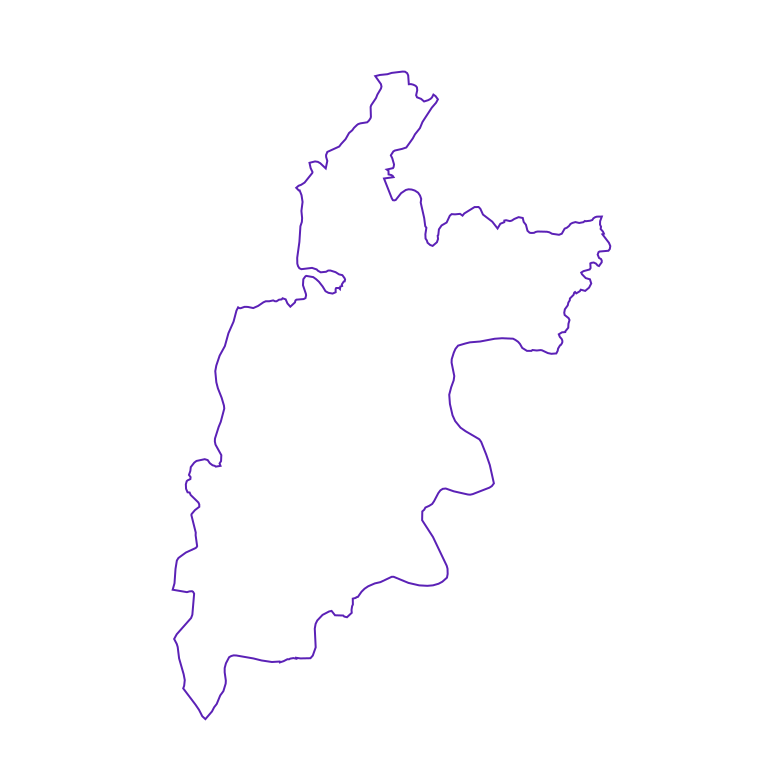 the district of Oubritenga, Oubritenga, Burkina Faso, rotated 262°
{"feature_id": "67063806B42476727458569", "entity_name": "Oubritenga", "entity_type": "district", "adm_level": 2, "iso_a3": "BFA", "parent_name": "Burkina Faso", "parent_adm1": "Oubritenga", "projection": "albers", "projection_center": [-1.222, 12.597], "detail": "fine", "context": "isolated", "style": "outline", "palette": "violet", "viewbox_px": 768, "rotation_deg": 262, "n_neighbors": 0, "source": "geoboundaries", "source_scale": "gbopen_adm2", "svg_char_len": 6158}
<svg xmlns="http://www.w3.org/2000/svg" viewBox="0 0 768 768"><g transform="rotate(262 384 384)"><path d="M519.5,623.0L520.1,618.1L519.8,616.3L518.9,614.4L517.4,613.1L517.0,610.8L517.1,606.4L517.5,605.6L516.5,604.0L516.3,599.7L517.7,596.1L517.3,593.0L516.5,590.9L514.8,589.3L513.3,586.8L512.7,584.5L508.1,581.0L507.4,578.1L509.4,571.3L511.2,568.9L512.1,566.5L513.6,557.5L513.5,555.5L512.8,553.5L513.1,550.6L513.6,549.2L515.8,547.4L521.9,546.7L525.0,544.9L529.1,544.5L530.5,540.5L529.3,536.0L528.0,533.2L527.8,531.3L529.2,527.7L529.1,525.9L527.5,525.6L526.5,521.5L522.2,518.1L529.7,513.8L538.0,505.6L544.1,503.8L546.1,502.3L546.6,498.3L541.7,487.2L539.8,485.2L541.9,483.0L542.1,478.0L542.8,474.6L541.5,472.6L535.2,468.5L533.0,463.1L529.5,459.9L524.0,458.5L523.4,457.8L520.1,457.7L517.0,456.1L514.0,451.4L515.2,449.1L517.8,446.8L520.2,446.4L522.2,445.4L526.5,445.8L532.8,447.7L534.6,446.8L542.7,446.9L558.5,445.6L562.1,446.6L565.6,445.9L568.7,444.4L571.3,441.4L572.7,438.5L573.4,435.4L573.1,432.6L570.6,427.5L564.6,421.2L564.4,419.8L564.8,418.4L566.7,417.6L587.5,412.6L587.5,422.2L589.0,421.5L589.9,420.3L590.9,417.7L594.5,418.1L596.0,416.6L596.5,422.9L597.5,423.7L600.0,424.5L606.4,423.6L609.5,422.6L613.0,425.6L613.7,427.3L614.3,434.6L615.1,439.0L623.2,446.7L626.9,449.4L632.4,455.2L638.0,458.5L639.9,460.1L651.0,469.8L655.3,474.7L658.4,477.0L661.9,475.1L663.7,473.2L661.1,471.4L659.9,469.8L658.9,467.2L658.2,463.0L661.2,460.4L663.3,456.6L665.5,456.0L670.3,457.8L673.2,457.9L674.9,456.8L676.3,454.7L677.2,452.5L677.4,450.3L686.2,450.9L688.6,450.2L690.4,448.2L690.8,445.6L691.0,434.9L690.3,430.5L690.6,423.0L690.1,418.2L681.4,422.7L678.9,422.9L677.0,422.1L671.5,417.7L668.3,415.9L661.8,410.1L660.2,409.3L650.3,408.2L649.0,407.6L646.9,405.7L645.5,403.8L645.4,397.0L645.0,394.7L644.2,393.2L641.8,389.9L639.7,387.9L637.4,384.3L631.8,380.0L627.7,375.0L625.4,372.7L621.7,360.2L618.8,358.5L616.8,358.3L612.8,358.9L605.6,356.3L611.5,351.6L613.2,349.4L614.0,346.7L613.4,341.0L608.0,341.4L603.8,342.7L602.9,342.3L594.5,333.4L592.8,329.7L592.2,327.0L590.5,324.4L587.5,326.6L587.5,327.4L582.5,328.6L575.6,328.7L566.9,326.3L559.7,326.0L555.9,325.2L551.9,323.2L536.5,320.0L521.0,315.6L515.2,314.9L512.6,315.3L510.4,316.3L509.2,318.2L509.0,328.9L506.8,333.3L505.4,334.3L503.4,336.9L503.2,342.3L504.1,344.5L503.8,346.8L501.5,351.6L498.8,354.8L497.6,357.9L494.2,359.7L492.8,360.0L491.1,359.3L491.1,358.4L488.5,356.1L486.9,356.2L486.6,354.3L484.1,353.6L485.4,352.6L485.7,350.0L484.7,349.3L481.6,348.9L480.7,345.7L482.0,341.7L484.0,339.0L489.1,336.8L494.3,333.8L497.2,331.4L499.7,328.8L501.9,322.0L501.4,321.0L499.0,318.7L493.1,317.5L484.1,319.2L482.7,319.2L480.0,318.2L479.3,316.3L479.7,309.0L479.0,307.9L477.2,307.2L473.6,302.0L477.2,299.6L481.5,298.4L483.0,295.5L482.0,294.4L482.1,291.8L480.9,289.2L481.1,287.6L482.2,285.9L481.9,281.8L482.4,278.5L481.7,276.0L478.8,270.1L477.4,265.1L479.3,259.8L479.8,256.6L479.0,252.6L479.3,251.2L480.2,250.2L477.2,248.1L466.7,243.7L455.9,237.0L443.7,231.7L435.0,225.2L425.6,220.5L420.2,218.7L409.1,218.2L402.9,218.9L393.0,221.3L384.9,222.5L381.9,222.4L369.3,217.1L364.5,214.3L353.4,209.0L350.7,208.5L347.4,208.7L336.2,213.0L330.3,211.9L328.2,210.1L325.7,210.7L325.6,205.9L326.5,205.0L327.4,202.9L329.8,200.5L333.2,198.8L334.5,196.0L333.9,187.6L332.5,185.1L328.6,181.1L324.8,180.1L321.1,178.2L318.7,179.5L316.8,179.0L315.9,176.1L315.2,175.1L312.2,173.8L307.8,173.4L304.1,174.4L303.6,176.4L301.0,177.1L292.5,183.7L290.4,184.3L288.1,184.0L285.4,179.2L282.0,175.4L281.1,175.0L263.1,176.9L260.4,176.4L249.5,176.4L248.6,175.8L247.8,174.7L244.7,164.4L242.1,159.5L240.3,156.2L238.0,154.3L229.9,151.8L215.8,148.8L209.7,146.1L205.3,159.9L205.7,162.6L205.5,165.1L204.8,166.0L202.8,166.8L182.2,162.1L179.1,160.4L165.0,143.9L160.7,140.7L155.4,142.6L152.3,143.1L140.8,142.9L124.5,145.2L118.5,145.5L113.0,144.1L110.5,142.8L92.7,152.7L87.0,155.5L80.3,157.8L77.0,160.5L83.7,168.1L87.5,170.8L90.4,173.8L98.4,178.5L102.2,182.2L109.3,185.5L112.3,186.1L120.7,186.1L124.9,186.7L129.4,188.6L135.0,192.6L135.9,194.9L136.2,197.4L135.7,200.0L130.4,216.5L127.3,224.2L124.3,234.3L123.7,242.0L122.8,242.1L123.5,246.0L124.9,250.0L124.6,251.7L125.1,252.9L125.2,256.1L124.2,258.9L125.1,258.9L123.9,263.0L122.7,273.0L125.0,275.7L132.7,279.7L151.4,281.4L156.0,282.9L159.1,285.0L163.9,291.0L166.4,298.0L166.6,300.5L161.8,303.3L160.4,311.4L159.2,312.3L158.2,314.9L161.9,320.2L164.8,320.4L168.4,321.5L170.0,322.5L175.8,323.2L176.1,326.2L176.7,327.0L176.8,328.5L181.4,332.8L184.0,336.3L185.9,340.2L187.8,347.1L188.3,352.9L192.0,364.8L191.7,366.8L183.6,380.6L179.7,390.8L178.1,398.9L177.8,404.5L178.6,410.2L180.1,414.3L183.5,419.4L187.0,420.6L192.2,421.2L195.3,420.8L225.7,411.2L243.8,402.8L252.5,404.2L253.9,406.3L255.9,407.8L257.1,411.9L258.5,415.0L260.9,417.2L268.4,422.6L270.8,425.0L272.0,427.6L271.9,430.6L268.0,438.2L262.9,451.7L262.4,453.9L262.6,456.5L266.7,474.0L267.9,476.6L270.3,479.0L289.0,477.5L299.9,475.4L313.1,472.2L316.0,470.7L325.9,458.2L330.1,453.7L337.4,449.3L343.5,447.5L355.0,446.5L364.3,447.1L371.5,450.1L377.9,453.5L382.1,454.7L395.7,453.9L399.1,454.5L405.4,457.5L408.9,459.7L411.7,462.7L412.8,470.2L413.3,474.9L412.7,485.1L413.4,499.9L412.9,507.3L410.9,518.1L409.4,520.2L407.2,522.6L404.8,524.2L400.5,525.9L396.9,530.2L396.3,534.7L397.0,535.7L395.9,540.0L395.8,543.7L395.4,545.1L391.8,550.6L390.6,554.0L390.3,558.9L392.7,560.6L394.8,561.3L397.8,563.7L398.1,564.6L399.5,565.8L400.8,566.5L402.4,566.6L404.1,566.1L406.1,564.7L408.9,564.0L410.4,567.5L410.2,570.7L410.9,570.9L414.1,574.3L417.9,575.0L421.5,576.6L423.5,576.0L427.2,572.5L429.5,572.4L432.8,573.5L436.3,576.9L439.0,577.9L441.0,579.6L442.8,580.0L445.9,584.1L448.0,585.1L448.5,586.0L447.0,587.0L448.6,590.8L450.0,592.0L448.2,596.2L450.9,600.5L454.7,603.2L459.0,602.5L460.8,598.5L465.2,595.3L466.9,594.8L468.0,597.3L468.8,603.6L470.1,604.7L474.7,605.1L475.1,606.2L475.1,608.6L473.7,610.7L471.7,612.0L470.9,613.3L474.2,616.5L475.9,616.8L477.5,616.3L478.9,614.5L482.4,613.6L484.7,614.8L485.2,615.8L484.7,624.8L486.3,626.4L489.1,627.3L492.5,626.4L501.9,621.1L502.2,622.7L504.5,622.0L507.4,620.1L509.5,620.8L511.8,620.1L515.2,620.7L519.5,623.0Z" fill="none" stroke="#5b21b6" stroke-width="2"/></g></svg>